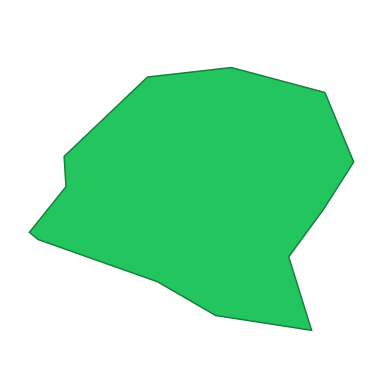 an SVG outline of Trafford, rotated 5°
{"feature_id": "GBR-5685", "entity_name": "Trafford", "entity_type": "Metropolitan Borough", "adm_level": 1, "iso_a3": "GBR", "parent_name": "United Kingdom", "parent_adm1": "", "projection": "robinson", "projection_center": [-2.382, 53.409], "detail": "fine", "context": "isolated", "style": "filled", "palette": "green", "viewbox_px": 384, "rotation_deg": 5, "n_neighbors": 0, "source": "natural_earth", "source_scale": "10m", "svg_char_len": 340}
<svg xmlns="http://www.w3.org/2000/svg" viewBox="0 0 384 384"><g transform="rotate(5 192 192)"><path d="M220.2,64.6L315.7,81.3L350.5,148.0L324.4,198.0L294.0,248.1L323.2,319.4L226.4,313.0L165.4,284.4L97.5,266.9L43.0,252.8L33.5,246.4L66.0,197.7L61.5,167.7L137.7,81.3L220.2,64.6Z" fill="#22c55e" stroke="#15803d" stroke-width="1.5"/></g></svg>